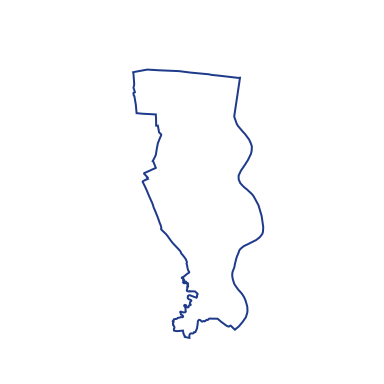 Ninh Kieu, Hau Giang, Vietnam (Robinson projection), rotated 309°
{"feature_id": "81297802B54398389952996", "entity_name": "Ninh Kieu", "entity_type": "district", "adm_level": 2, "iso_a3": "VNM", "parent_name": "Vietnam", "parent_adm1": "Hau Giang", "projection": "robinson", "projection_center": [105.742, 10.032], "detail": "fine", "context": "isolated", "style": "outline", "palette": "blue", "viewbox_px": 384, "rotation_deg": 309, "n_neighbors": 0, "source": "geoboundaries", "source_scale": "gbopen_adm2", "svg_char_len": 5455}
<svg xmlns="http://www.w3.org/2000/svg" viewBox="0 0 384 384"><g transform="rotate(309 192 192)"><path d="M290.4,125.5L284.0,115.9L278.5,107.0L277.3,105.2L266.3,90.4L259.0,80.2L251.3,73.6L249.1,71.7L248.0,70.9L247.5,71.6L246.4,72.7L239.8,78.9L238.4,79.9L237.6,80.3L236.9,80.5L236.1,81.0L235.9,81.4L235.5,82.0L234.9,83.0L234.0,84.2L233.7,84.8L233.1,84.7L232.7,84.3L232.2,84.2L231.8,84.4L230.7,85.6L230.3,86.1L230.3,86.5L230.3,86.8L224.4,93.5L218.4,99.3L221.7,104.3L228.3,113.4L229.5,115.1L228.2,116.2L226.6,117.7L224.6,119.4L221.0,122.4L222.1,123.7L217.6,128.9L217.4,131.7L216.9,132.2L216.4,132.4L212.2,133.6L208.4,134.8L203.3,137.5L199.7,139.6L198.7,140.2L197.5,140.7L193.7,141.6L191.3,142.0L191.4,142.4L191.3,142.7L191.0,143.3L188.0,148.7L179.1,144.3L176.7,143.0L176.1,143.2L175.4,148.2L174.9,148.0L174.5,149.1L174.4,149.5L172.1,148.2L170.3,147.4L169.6,147.2L169.2,147.1L168.9,147.2L168.7,147.6L166.7,151.9L164.9,155.6L161.9,161.1L159.4,166.0L158.6,167.7L157.5,169.6L155.8,172.0L153.8,175.9L151.1,180.7L150.3,182.1L147.5,186.6L146.4,188.7L145.6,189.8L144.9,190.7L144.3,191.0L143.7,191.3L143.4,192.7L142.9,198.4L142.4,200.8L140.9,206.1L140.2,209.2L139.6,213.6L139.0,218.1L138.8,219.3L138.5,220.5L138.1,221.3L137.6,222.1L137.4,222.6L137.3,223.7L136.8,226.0L136.3,228.0L135.7,229.9L134.8,231.3L134.3,232.2L133.9,232.5L133.4,232.6L132.9,232.8L131.8,234.5L130.6,235.8L129.6,237.0L129.1,237.7L128.5,238.9L128.1,240.1L127.8,240.4L127.2,240.4L125.2,239.7L122.1,239.1L120.9,238.8L119.7,238.2L119.2,238.0L118.9,238.1L118.7,238.4L118.9,239.0L119.2,239.3L119.4,239.6L119.2,239.9L118.9,239.9L118.7,240.0L118.7,240.5L118.8,240.8L118.7,241.1L118.4,241.2L118.2,241.1L117.9,240.8L117.7,240.8L117.6,241.0L117.6,241.3L117.5,241.7L117.3,241.8L116.9,241.8L116.3,241.8L116.1,242.0L116.0,242.5L116.0,243.0L116.2,243.4L116.5,243.7L116.7,243.0L116.8,242.9L117.2,242.7L117.6,242.8L118.0,242.9L118.3,243.1L118.5,243.5L118.5,243.9L118.1,244.6L118.1,245.0L118.2,245.3L118.4,245.5L118.5,245.8L118.4,246.4L118.1,246.8L117.8,247.0L117.5,246.8L117.2,246.6L116.9,246.9L117.0,247.2L116.9,247.5L116.6,248.1L116.2,248.4L115.9,248.5L115.6,248.3L115.3,248.0L115.1,248.0L114.9,248.2L114.7,248.6L114.3,248.9L113.6,249.3L113.2,249.4L112.7,249.6L112.3,249.9L112.0,250.4L112.0,250.8L112.3,251.3L112.5,251.6L112.7,252.0L112.8,252.3L113.1,252.4L113.6,252.6L113.7,252.8L113.7,253.2L113.8,253.5L114.3,254.0L114.8,254.4L116.5,256.8L116.7,257.3L116.6,257.6L116.5,258.3L116.5,259.4L116.5,260.1L116.4,260.4L116.1,260.7L115.1,260.8L114.8,260.9L114.5,261.3L114.1,261.6L113.7,261.9L112.7,262.0L112.5,261.3L111.8,259.5L111.2,257.8L110.9,256.8L110.4,255.4L110.0,254.8L108.8,254.3L108.4,254.5L107.4,255.0L107.0,255.3L106.7,256.1L106.7,257.0L107.0,258.0L107.2,258.5L107.3,259.3L107.3,259.6L107.1,259.9L106.8,260.0L105.9,259.8L105.4,259.9L104.5,260.1L104.1,260.5L103.9,261.0L103.8,261.6L103.6,261.9L103.3,262.0L102.9,261.8L102.4,261.3L102.0,261.1L101.4,261.3L100.8,261.6L100.4,261.7L100.0,261.6L99.5,261.2L99.4,260.6L99.6,259.9L100.1,258.9L100.2,258.3L100.1,257.9L99.8,257.6L99.4,257.3L98.9,257.4L98.6,257.6L98.4,258.1L98.2,258.9L97.9,259.7L97.5,260.3L97.2,260.5L96.8,260.7L96.3,261.2L95.9,261.5L95.5,262.1L95.2,262.4L94.7,262.5L94.3,262.4L93.8,261.9L92.9,261.0L92.7,260.4L92.2,259.0L91.8,258.4L91.6,258.3L91.2,258.4L91.0,258.9L90.8,259.3L90.5,259.8L90.0,260.3L89.9,260.4L89.8,260.7L90.0,261.4L90.1,262.2L90.0,262.9L89.6,263.5L89.2,263.6L88.7,263.4L88.0,262.5L87.7,262.0L86.9,261.6L86.3,261.2L85.8,260.6L85.4,260.3L84.6,260.1L83.8,259.9L83.2,259.4L82.5,258.7L82.1,258.3L81.7,258.1L81.3,258.1L81.1,258.4L80.8,258.5L80.5,258.6L80.1,258.4L79.9,258.3L79.5,258.3L79.3,258.6L79.3,259.0L79.3,259.3L79.3,259.5L78.9,259.6L78.2,259.7L77.7,260.0L77.5,260.5L77.3,260.8L77.0,260.8L76.6,261.2L76.5,261.9L76.4,262.5L76.0,263.2L75.4,263.8L74.6,263.9L73.9,264.3L73.4,264.7L73.0,265.4L74.1,267.4L74.7,268.2L78.6,272.2L76.9,274.1L75.9,275.7L75.8,276.5L75.6,276.9L74.9,277.3L74.8,277.7L77.0,281.8L77.5,281.3L78.3,280.7L78.8,280.3L79.7,279.9L80.5,279.8L81.1,280.0L81.8,280.5L82.4,281.5L82.9,281.9L83.4,282.0L84.1,281.8L84.4,281.8L84.6,282.0L84.8,282.5L85.2,282.8L89.2,281.7L90.4,281.0L91.6,280.3L93.5,279.1L95.3,277.9L96.1,277.8L96.5,277.8L97.1,278.0L97.4,278.4L97.6,278.9L97.6,279.7L97.5,280.7L97.6,281.3L97.9,281.7L98.5,281.9L98.9,282.1L99.2,282.5L99.4,283.2L99.8,283.4L100.2,283.5L101.2,283.6L101.9,283.9L102.2,284.3L102.4,284.7L102.9,284.9L104.0,285.0L104.5,285.1L109.6,291.6L109.5,296.2L109.8,303.1L110.1,304.2L110.4,305.0L110.7,305.4L111.6,305.6L112.4,306.0L112.5,306.2L112.2,309.6L112.0,312.0L113.7,312.3L117.1,313.0L123.0,313.1L128.5,312.7L133.0,310.9L134.7,309.8L135.9,308.7L137.6,307.2L140.7,302.9L141.4,301.8L143.0,298.8L144.0,295.9L144.5,294.1L145.1,290.1L145.4,288.7L146.3,285.4L147.0,283.2L147.4,282.3L148.2,281.1L150.2,278.2L151.9,276.3L153.3,275.1L154.8,274.1L156.5,273.4L159.2,272.6L160.4,272.1L161.6,271.5L163.0,270.7L167.9,268.4L170.2,267.5L174.0,266.4L176.5,265.5L178.6,265.5L182.5,266.3L185.6,267.8L195.1,272.1L199.5,273.1L202.0,273.1L203.8,273.0L205.7,272.2L209.5,269.5L217.2,261.2L223.6,251.9L227.5,242.5L228.1,239.7L228.6,232.5L228.5,230.6L228.7,227.7L229.3,223.9L231.2,220.3L234.1,217.9L239.3,216.6L246.6,216.0L247.4,215.9L251.9,215.4L258.8,213.8L261.6,212.4L264.6,210.2L265.2,209.7L267.0,206.8L268.7,203.4L270.4,196.9L270.9,193.4L272.3,186.0L273.1,183.9L276.0,179.2L277.2,177.3L311.0,157.4L309.7,156.0L299.5,139.9L295.5,133.8L293.9,130.7L290.4,125.5Z" fill="none" stroke="#1e3a8a" stroke-width="2"/></g></svg>